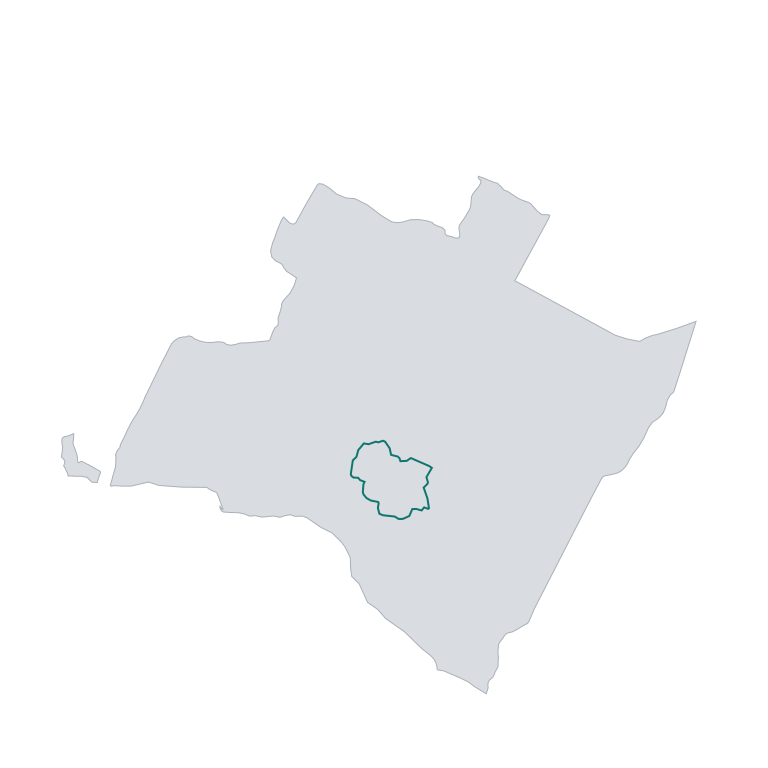 location of Huambo within Angola, rotated 297°
{"feature_id": "AGO-1890", "entity_name": "Huambo", "entity_type": "Province", "adm_level": 1, "iso_a3": "AGO", "parent_name": "Angola", "parent_adm1": "", "projection": "orthographic", "projection_center": [15.812, -12.604], "detail": "coarse", "context": "in_parent", "style": "outline", "palette": "teal", "viewbox_px": 768, "rotation_deg": 297, "n_neighbors": 0, "source": "natural_earth", "source_scale": "10m", "svg_char_len": 4429}
<svg xmlns="http://www.w3.org/2000/svg" viewBox="0 0 768 768"><g transform="rotate(297 384 384)"><path d="M611.9,373.7L612.6,378.7L613.2,385.8L613.7,390.8L614.2,393.1L614.4,394.3L613.7,395.6L613.0,398.6L611.9,401.2L611.3,403.1L611.7,406.6L610.6,416.7L610.3,421.7L611.4,430.7L611.1,433.4L607.8,441.6L606.9,445.7L606.6,447.8L609.6,454.0L609.4,455.2L607.0,455.5L604.9,455.6L535.4,453.7L532.7,558.6L532.4,567.5L534.3,579.4L537.9,592.3L539.5,593.6L543.5,596.0L549.0,601.0L552.0,604.7L558.3,611.2L566.5,619.6L581.5,633.6L529.4,642.4L509.4,645.6L507.6,645.6L504.7,644.1L498.4,643.7L490.8,645.5L484.9,645.9L480.5,644.9L476.2,643.1L472.1,640.6L464.9,639.5L454.5,640.0L444.5,639.4L435.0,637.6L428.1,636.9L423.9,637.2L419.5,636.6L414.8,635.1L410.9,632.6L406.2,627.4L402.5,622.5L401.6,621.8L400.4,621.1L399.2,620.8L378.6,620.4L252.8,620.0L238.1,620.9L237.0,620.8L235.2,620.2L234.0,619.1L229.8,616.4L226.2,614.3L221.3,610.8L218.1,606.9L215.4,605.7L210.7,605.1L207.1,604.4L204.2,604.3L199.2,606.2L195.4,608.0L192.7,609.8L188.0,611.9L184.0,613.9L177.1,613.8L175.6,614.1L171.7,614.0L168.0,612.3L164.3,612.5L160.3,614.8L154.4,615.7L155.5,601.2L156.8,594.7L156.7,587.1L155.5,567.1L154.4,564.4L153.6,561.2L157.2,558.7L159.1,556.8L161.5,553.5L163.2,548.8L165.2,538.6L172.5,514.9L175.8,491.8L180.3,480.8L181.9,468.6L194.7,452.6L197.8,442.8L204.5,438.0L214.0,432.8L220.8,423.7L224.0,417.5L227.7,405.4L227.6,392.9L229.8,376.2L229.3,371.4L225.7,364.8L225.0,360.0L221.6,355.4L218.0,351.9L216.3,345.6L210.0,335.7L208.3,329.1L205.3,324.3L204.8,318.5L203.1,312.3L200.1,306.2L197.1,299.2L197.1,297.0L198.9,294.3L200.6,293.4L200.0,294.8L198.9,296.4L199.2,297.6L210.7,285.2L211.4,282.8L211.0,280.1L210.9,276.8L211.4,273.0L200.2,250.4L191.4,229.4L189.8,218.8L178.2,205.0L173.6,195.9L170.9,189.6L169.0,187.2L169.7,186.0L172.7,185.6L179.3,184.1L188.4,182.4L196.7,178.6L199.0,176.9L203.4,176.6L207.9,177.5L209.6,176.8L210.6,176.7L221.2,176.6L225.6,176.3L233.8,176.3L239.0,176.6L242.0,177.0L250.0,177.6L259.9,177.4L263.4,177.0L276.4,176.8L300.9,176.3L313.7,176.4L323.5,176.4L327.9,177.8L332.0,180.3L333.8,182.6L334.7,183.6L335.9,186.0L338.1,187.9L338.9,190.9L338.2,194.9L338.6,199.7L339.8,205.3L342.5,211.2L346.6,217.5L348.3,222.4L347.8,226.0L349.0,229.9L352.0,234.0L354.2,236.1L355.5,237.7L358.9,244.0L370.0,261.4L371.6,262.3L374.1,262.0L379.2,261.3L384.4,261.2L388.0,262.8L389.5,262.5L395.0,259.6L400.5,258.8L406.2,257.6L409.2,256.4L412.6,256.4L422.0,258.9L423.7,259.1L431.3,259.2L438.8,257.9L440.0,248.0L440.1,246.0L442.0,242.2L444.3,239.0L444.6,235.9L444.5,231.6L446.2,226.4L451.3,222.4L459.6,220.6L464.2,220.3L471.6,219.2L482.8,218.3L486.9,218.5L487.2,219.1L484.8,226.2L484.7,228.5L485.5,230.9L487.4,232.2L509.6,232.9L530.9,234.2L532.1,234.6L533.0,235.1L534.3,238.7L533.9,245.6L531.7,255.7L532.4,265.2L535.9,274.1L536.0,287.7L532.8,305.9L532.0,317.4L533.6,322.3L537.0,327.4L542.2,332.8L546.1,339.8L548.9,348.3L549.8,353.6L549.0,355.8L549.0,359.5L549.8,365.0L548.7,368.5L545.7,370.2L544.7,372.6L546.1,377.3L546.4,381.5L548.3,384.3L549.6,384.5L552.6,383.1L556.2,380.4L559.0,379.2L563.0,379.5L568.5,380.4L578.3,381.0L581.4,380.6L590.6,377.0L593.0,376.8L596.6,377.3L601.7,378.6L606.8,379.0L609.4,377.9L609.6,376.3L610.5,374.4L611.9,373.7ZM198.9,129.9L198.3,130.5L194.1,132.3L189.6,133.9L183.7,140.4L180.7,143.2L179.8,143.9L177.1,145.5L175.2,146.9L175.2,147.6L176.5,148.4L177.9,149.8L177.8,160.3L177.3,170.7L176.6,171.6L172.8,172.0L167.8,172.8L166.2,173.3L165.6,172.2L163.9,168.5L164.9,164.9L165.9,162.1L164.7,156.7L162.1,151.8L159.4,145.7L158.5,144.5L160.8,142.5L164.2,138.1L165.6,135.8L169.6,135.2L171.1,133.6L172.1,131.1L172.5,129.6L177.0,128.3L182.4,126.1L185.3,123.7L188.4,122.2L190.3,122.1L191.5,122.7L195.0,126.8L198.0,129.3L198.9,129.9Z" fill="#d9dde1" stroke="#a8b0b8" stroke-width="1"/><path d="M301.8,390.9L306.5,392.5L313.4,391.1L321.9,393.0L323.3,397.5L328.9,402.9L329.4,405.3L333.0,408.9L333.1,411.2L329.3,418.2L324.1,422.5L325.6,429.2L324.9,431.5L322.7,433.7L325.9,439.2L330.2,441.5L331.4,461.5L331.0,464.7L320.3,464.1L316.3,467.8L314.9,468.1L309.7,466.4L301.7,474.7L293.8,480.4L292.8,480.0L292.3,475.8L288.4,474.9L287.3,469.4L285.4,466.0L277.9,466.5L272.3,462.0L270.4,458.2L270.8,453.8L266.6,442.7L266.3,438.8L270.8,434.8L275.5,433.3L276.2,432.3L274.2,425.2L274.4,420.3L276.2,416.1L277.9,414.3L285.3,411.2L288.0,411.1L287.5,406.5L288.7,403.5L286.8,399.3L287.3,396.7L288.7,395.3L301.8,390.9Z" fill="none" stroke="#0f766e" stroke-width="2"/></g></svg>